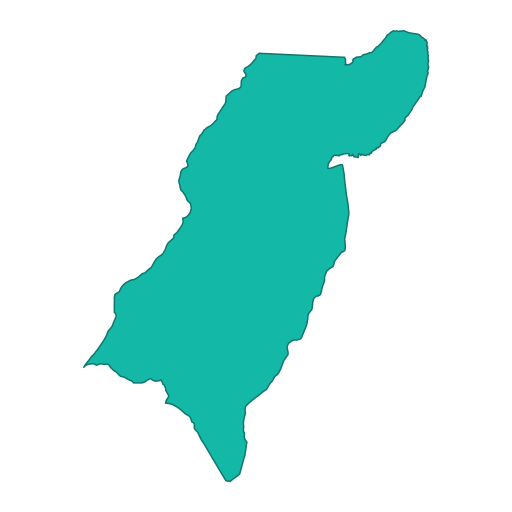 Fuquene, Cundinamarca, Colombia
{"feature_id": "7082276B76797712336992", "entity_name": "Fuquene", "entity_type": "district", "adm_level": 2, "iso_a3": "COL", "parent_name": "Colombia", "parent_adm1": "Cundinamarca", "projection": "mercator", "projection_center": [-73.763, 5.409], "detail": "fine", "context": "isolated", "style": "filled", "palette": "teal", "viewbox_px": 512, "rotation_deg": 0, "n_neighbors": 0, "source": "geoboundaries", "source_scale": "gbopen_adm2", "svg_char_len": 5980}
<svg xmlns="http://www.w3.org/2000/svg" viewBox="0 0 512 512"><path d="M344.6,57.3L259.1,53.3L256.2,55.8L256.0,58.3L255.7,58.8L254.2,60.2L251.8,63.3L250.5,64.5L248.0,66.5L245.3,68.0L244.4,69.0L244.0,70.3L244.0,71.5L245.7,74.0L246.0,75.2L245.9,76.0L245.7,76.7L244.8,77.3L242.7,78.2L241.3,81.0L241.1,86.4L240.3,87.5L239.1,88.4L237.9,88.9L234.6,89.7L232.4,90.7L230.7,92.0L226.4,95.9L226.1,96.8L225.8,102.3L224.9,104.1L223.0,106.7L217.9,114.7L217.1,116.6L217.0,119.2L216.5,120.0L214.8,121.6L212.9,123.8L210.0,126.1L206.7,127.8L205.3,129.3L204.1,130.0L201.6,134.3L200.1,135.4L198.8,138.2L197.8,141.5L196.0,144.4L195.1,147.7L193.2,150.5L190.9,152.7L189.5,155.0L187.1,159.8L186.6,161.1L187.7,164.1L187.9,165.4L187.7,166.4L185.7,167.8L183.9,168.4L182.8,169.1L181.9,170.0L180.8,171.8L180.1,176.5L179.4,178.3L178.8,180.9L179.1,182.9L179.9,185.0L180.0,186.7L180.3,188.2L180.8,189.9L182.8,191.9L185.2,195.5L186.2,197.4L187.4,200.7L189.3,202.3L190.5,203.7L191.2,207.0L191.2,208.6L190.5,211.8L189.5,213.6L188.2,215.3L186.6,216.8L185.6,217.4L183.5,218.0L182.8,218.4L182.7,219.0L183.3,221.3L183.0,222.8L182.0,225.1L180.5,227.5L176.7,232.8L174.4,234.6L173.9,235.5L173.8,237.5L173.3,238.3L168.3,242.7L166.5,245.9L165.0,250.3L164.1,251.4L163.2,253.2L161.9,254.6L158.1,257.2L156.1,259.2L154.1,262.2L152.5,265.4L151.2,267.4L147.5,270.4L145.1,272.9L142.3,273.6L138.2,277.2L134.5,279.4L130.3,280.3L126.5,282.4L124.6,283.7L122.6,285.7L121.8,286.8L120.5,288.8L119.7,290.9L118.9,292.0L115.1,294.2L114.3,297.8L114.4,300.3L114.3,312.3L115.2,313.2L115.9,314.3L116.2,315.7L116.1,316.7L113.4,322.8L112.4,325.8L110.4,328.5L108.1,331.2L106.7,335.1L103.5,341.0L102.0,343.0L99.6,346.6L97.2,350.1L95.4,352.2L94.4,353.9L91.4,356.7L89.8,359.0L85.2,364.8L83.4,367.7L84.4,366.5L85.6,365.4L87.2,364.7L88.7,364.2L92.9,363.7L94.9,364.3L96.4,365.2L99.4,364.1L101.2,363.7L103.5,364.4L106.9,364.1L107.7,364.2L108.8,364.9L111.1,368.1L112.0,368.7L112.7,369.6L113.8,370.4L114.4,371.1L116.1,371.8L116.6,372.3L119.7,375.6L120.5,376.3L124.1,377.1L128.9,379.8L132.0,381.1L133.6,382.9L141.7,382.9L143.1,382.6L145.5,381.6L147.7,379.7L148.8,379.5L149.9,378.7L150.6,378.8L153.2,380.4L155.3,381.2L159.2,380.7L160.9,380.0L162.3,382.2L162.9,384.2L163.9,384.7L164.4,385.4L165.4,387.7L165.8,390.3L168.6,395.6L168.5,397.0L166.8,399.4L166.0,401.1L165.6,403.1L169.4,403.6L172.5,404.5L177.6,407.3L180.9,409.8L185.6,414.1L187.3,414.9L189.4,416.3L190.0,417.1L190.8,418.4L191.8,421.8L193.3,422.7L194.2,423.9L194.4,424.7L194.2,428.0L194.7,429.0L197.7,432.4L201.5,440.2L204.0,443.8L218.3,468.1L226.0,480.8L230.4,481.3L233.1,479.0L237.9,475.6L239.7,473.9L244.0,458.0L244.8,455.7L245.3,452.0L245.9,449.3L246.2,445.6L246.9,442.3L244.8,439.1L244.2,436.9L244.5,433.1L243.6,431.5L243.4,430.6L243.7,426.6L243.4,422.9L243.8,419.3L245.2,414.1L245.4,412.4L245.1,411.0L245.1,409.1L245.4,407.1L245.8,406.2L247.9,403.9L255.2,397.8L258.5,395.5L262.7,392.0L266.4,389.5L269.9,383.6L272.0,381.4L274.7,376.7L277.8,374.1L278.4,373.2L279.1,372.2L280.9,368.4L283.7,360.7L287.9,354.8L288.1,353.4L288.0,352.0L287.1,347.4L287.1,346.4L288.3,343.8L288.9,343.0L292.1,340.6L293.9,340.0L296.9,340.0L298.0,339.8L300.7,338.7L301.5,337.7L306.3,325.8L307.0,323.4L307.8,318.8L308.0,315.3L308.3,314.1L311.7,309.6L312.0,308.6L312.3,307.4L312.8,302.0L313.3,299.7L314.1,298.2L315.3,296.9L316.1,296.3L318.0,296.0L319.0,295.5L320.2,294.7L320.5,294.2L321.2,292.0L322.4,286.7L324.3,281.6L324.5,280.7L324.6,277.1L324.9,275.7L326.6,271.4L327.5,270.4L330.0,268.3L332.6,266.8L333.0,266.4L333.6,265.2L334.6,261.4L335.5,259.9L340.2,253.8L341.5,252.4L344.0,251.2L344.7,250.5L345.1,249.5L345.3,246.6L344.7,238.4L345.9,233.1L347.6,221.0L348.8,214.3L348.8,212.1L347.9,203.4L346.7,196.7L344.9,182.8L344.0,173.2L342.5,165.1L342.2,164.7L341.0,164.6L337.0,165.8L331.8,167.9L329.4,168.4L328.0,168.4L327.8,167.9L328.0,165.9L328.4,163.7L328.9,162.8L329.6,161.7L331.0,160.1L331.6,158.6L331.7,157.6L332.0,157.1L333.1,156.6L333.4,155.9L334.1,155.3L336.1,155.3L339.1,155.8L339.2,155.5L340.1,155.2L341.1,154.6L342.2,154.6L343.5,154.0L347.7,153.4L349.2,153.8L348.8,155.1L349.3,155.8L350.0,155.3L350.9,155.7L351.9,155.7L352.7,154.5L353.3,154.9L353.9,156.6L354.9,157.0L356.8,157.0L357.3,157.4L358.1,157.5L358.4,157.2L358.5,156.7L358.2,154.3L358.6,153.7L359.5,154.1L360.2,155.1L360.8,155.4L361.0,155.2L361.2,154.4L361.4,154.2L364.2,155.3L366.2,155.4L366.8,154.8L367.7,154.6L369.6,154.7L369.6,153.8L370.0,153.3L370.4,153.1L371.3,153.2L372.1,151.4L376.3,149.0L376.6,148.7L376.3,148.0L376.3,147.6L378.2,147.7L380.4,146.0L380.7,143.6L381.3,143.2L382.0,143.0L383.7,142.2L385.2,141.2L386.2,139.7L387.6,136.9L389.9,133.9L390.9,132.9L395.5,130.7L397.3,129.1L400.4,125.5L403.2,122.8L405.1,120.2L404.8,119.2L404.8,118.4L405.1,117.9L405.7,117.3L407.9,115.4L411.9,109.5L412.8,107.0L414.8,104.4L418.8,98.6L419.8,96.8L421.2,96.3L422.5,91.8L425.1,86.4L426.3,79.0L427.0,76.1L428.1,73.3L427.9,71.8L427.4,71.4L427.4,70.8L427.6,70.3L428.2,69.7L428.1,68.2L428.6,67.4L428.4,65.9L427.8,64.3L427.9,63.3L428.6,61.2L428.0,58.2L428.3,55.3L427.6,53.5L428.0,52.2L427.9,51.7L427.2,49.9L427.7,48.8L427.4,48.1L427.7,46.9L427.6,46.5L427.0,46.5L426.6,45.8L426.6,45.4L427.0,45.1L426.8,43.9L427.2,42.6L426.8,41.9L426.5,41.8L426.2,41.6L426.3,40.6L426.1,40.1L425.8,39.8L424.5,39.9L424.5,39.3L424.0,38.6L423.2,38.0L421.7,37.3L419.8,35.1L418.1,34.2L410.2,33.0L407.6,32.3L404.8,31.1L403.0,30.7L401.2,31.4L400.0,30.9L399.1,31.4L398.3,31.5L397.8,31.4L397.4,31.0L396.8,30.9L395.3,31.2L393.8,30.8L392.9,31.0L390.2,32.8L389.3,33.8L387.4,35.0L386.6,36.0L386.0,37.3L385.4,38.1L382.6,41.4L381.8,42.6L377.9,46.5L376.5,47.1L376.0,47.6L375.7,48.2L374.6,49.1L374.2,49.9L371.9,52.5L370.8,52.8L369.7,52.7L367.8,53.5L365.3,54.4L363.4,54.6L361.5,56.3L360.6,56.8L359.1,56.8L358.4,57.1L356.5,57.1L355.7,57.6L355.3,58.2L354.5,58.3L353.1,59.2L352.8,60.5L353.1,61.0L353.1,61.8L352.5,62.4L350.9,63.7L350.0,64.2L348.3,64.7L346.1,64.7L345.6,65.0L345.2,64.6L345.7,63.5L345.4,61.4L345.6,60.1L345.4,59.2L344.6,57.9L344.6,57.3Z" fill="#14b8a6" stroke="#0f766e" stroke-width="1.5"/></svg>